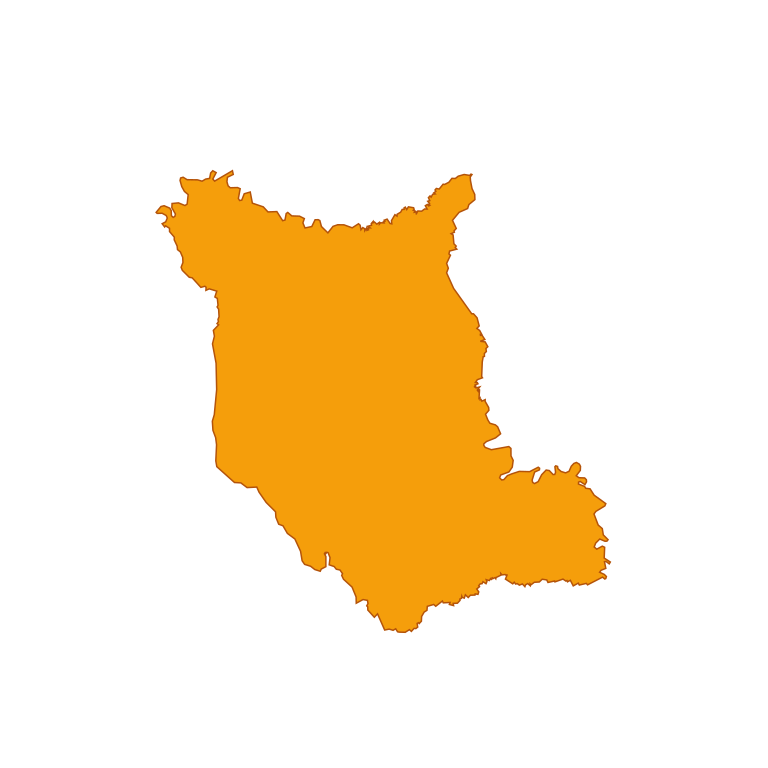 Bojonegoro, Jawa Timur, Indonesia (Mercator projection), rotated 58°
{"feature_id": "22746128B62232019301027", "entity_name": "Bojonegoro", "entity_type": "district", "adm_level": 2, "iso_a3": "IDN", "parent_name": "Indonesia", "parent_adm1": "Jawa Timur", "projection": "mercator", "projection_center": [111.819, -7.228], "detail": "fine", "context": "isolated", "style": "filled", "palette": "amber", "viewbox_px": 768, "rotation_deg": 58, "n_neighbors": 0, "source": "geoboundaries", "source_scale": "gbopen_adm2", "svg_char_len": 6170}
<svg xmlns="http://www.w3.org/2000/svg" viewBox="0 0 768 768"><g transform="rotate(58 384 384)"><path d="M130.5,487.2L134.6,486.8L134.1,485.4L138.3,483.4L141.1,485.1L148.3,484.0L150.6,485.5L157.3,486.3L160.6,487.9L164.1,486.7L169.9,487.6L174.4,490.1L177.5,494.2L180.8,494.8L190.3,492.6L192.3,490.4L205.0,488.1L206.2,484.1L207.7,483.6L210.2,485.4L210.7,481.8L216.6,476.6L220.6,481.3L223.1,480.0L229.4,483.1L230.2,484.7L232.9,484.6L239.5,488.2L241.3,490.6L243.4,491.4L244.3,493.6L246.2,492.9L248.1,500.3L253.6,502.5L259.1,508.2L277.4,515.4L300.1,528.9L320.1,544.2L324.6,549.3L332.6,553.6L340.3,555.2L346.8,558.2L360.1,567.4L365.5,569.6L388.3,563.0L392.0,557.8L399.3,555.0L404.0,546.5L409.5,547.3L422.0,546.7L434.9,543.7L439.7,546.3L447.1,547.6L450.7,544.8L459.5,545.1L468.2,541.7L481.6,543.4L490.5,547.1L494.9,546.9L499.7,542.8L504.7,541.0L509.0,537.3L507.7,535.3L508.1,530.1L499.5,524.7L496.4,524.5L495.8,523.2L497.0,523.1L496.4,521.7L497.4,520.8L502.7,521.8L508.3,526.3L512.4,523.0L515.8,522.6L518.4,519.9L522.9,519.7L523.9,521.3L528.1,521.8L539.3,518.7L549.8,520.5L555.2,523.7L555.7,516.0L558.7,512.7L561.7,513.9L563.0,516.2L564.4,515.9L567.1,517.5L576.7,515.8L575.5,511.3L593.0,513.8L594.6,509.5L597.7,506.8L597.8,503.8L601.3,503.8L602.4,502.7L605.8,497.6L605.8,492.6L608.3,491.9L607.2,488.0L608.3,486.6L608.0,484.2L604.6,482.8L604.8,481.1L605.8,481.1L605.0,478.0L601.1,475.3L598.7,470.8L598.7,467.5L595.5,465.1L597.3,458.7L599.9,457.9L599.0,449.5L601.0,449.7L604.3,443.7L605.6,445.4L608.8,442.4L606.7,441.6L608.8,437.9L607.8,434.2L606.6,433.7L606.8,432.0L605.2,430.5L606.4,430.8L608.1,429.4L605.9,426.7L609.7,425.7L608.9,422.7L611.2,418.7L610.3,417.9L612.2,415.8L610.5,413.8L607.0,414.0L606.5,410.4L605.2,410.5L604.5,408.3L605.3,406.7L604.1,404.8L607.4,403.3L606.1,401.4L604.1,401.0L606.5,398.8L605.5,396.8L606.6,396.6L606.5,395.0L605.0,395.1L606.8,394.6L607.0,392.5L608.4,392.4L607.5,391.5L608.1,386.1L606.6,385.4L608.4,385.1L609.8,382.2L611.3,381.7L610.8,380.3L613.8,384.4L621.7,380.7L621.1,378.6L623.4,378.4L623.9,376.8L626.3,375.8L626.9,372.6L630.5,371.9L629.3,370.3L629.4,367.9L632.5,366.9L631.0,366.0L632.2,365.8L631.8,361.6L634.2,357.2L633.4,353.3L636.4,349.8L639.2,350.1L641.5,343.7L642.4,343.9L644.3,335.6L647.5,334.2L647.6,333.0L649.0,333.2L649.2,330.0L655.5,330.5L655.8,324.8L658.0,324.9L660.3,318.1L662.2,317.8L663.6,301.0L666.4,300.1L666.5,299.0L665.1,297.4L662.2,298.1L657.9,300.9L657.0,298.6L657.9,293.6L651.5,291.2L652.1,289.8L655.9,288.3L654.9,286.4L648.3,289.5L639.4,283.4L637.2,284.8L636.8,291.1L633.6,292.1L631.1,288.8L629.8,283.2L634.5,279.9L635.4,278.2L634.8,276.5L628.2,278.0L622.3,275.5L617.1,277.1L605.5,274.8L604.3,271.8L604.4,261.3L603.0,259.3L589.7,264.7L582.1,264.8L579.3,268.2L577.1,268.2L571.9,272.1L570.3,271.0L570.6,269.3L575.8,266.9L574.3,264.1L572.4,263.1L570.0,263.6L566.8,268.3L563.7,269.6L561.3,263.3L558.0,261.0L555.5,260.8L552.5,262.4L552.0,265.1L553.0,268.8L556.1,273.3L555.6,277.1L552.0,280.2L547.9,281.4L545.9,280.5L544.4,281.7L544.7,282.9L549.8,285.3L551.2,287.1L550.4,288.6L545.0,289.7L542.9,292.1L544.5,298.4L548.5,305.0L548.2,309.1L546.3,310.1L544.0,309.3L538.5,302.9L539.2,297.7L537.9,296.7L536.3,297.3L535.5,307.0L529.8,315.6L527.9,323.3L527.1,327.9L528.6,333.0L527.8,335.0L524.8,335.7L523.0,333.2L524.8,324.7L522.5,319.3L517.2,314.9L512.3,314.4L505.9,310.5L503.2,311.3L496.6,327.8L491.4,331.8L488.9,331.9L487.6,331.0L487.1,327.5L488.8,318.0L488.0,311.5L480.5,310.3L477.7,311.2L473.4,315.0L469.6,315.0L463.4,313.9L461.9,309.0L459.4,307.7L452.2,307.4L450.9,306.5L450.4,310.1L448.6,309.9L448.3,310.9L446.5,309.8L446.5,311.0L439.6,306.1L438.7,306.5L440.0,308.0L438.6,308.1L437.2,304.4L436.1,308.0L433.7,309.0L434.7,308.3L434.5,307.3L433.1,307.4L433.6,304.2L432.2,304.1L431.1,305.6L429.8,302.6L430.9,297.2L429.4,297.2L417.4,289.0L413.4,285.4L413.8,284.2L411.3,282.7L410.7,280.0L407.9,278.7L407.4,276.2L401.9,275.9L398.8,279.7L399.7,274.9L394.7,275.0L393.9,276.4L393.0,276.0L393.7,274.8L389.3,274.5L386.1,275.8L385.2,272.5L377.2,270.0L371.9,270.9L370.9,272.4L339.8,274.3L322.9,272.0L319.9,268.1L314.9,267.0L310.0,259.4L308.1,260.0L306.0,257.9L308.2,250.8L306.0,251.3L305.3,249.7L302.1,250.4L294.2,246.4L292.1,247.4L292.6,243.9L291.3,243.5L290.4,240.3L281.5,239.2L278.2,229.3L279.5,220.1L276.8,216.9L275.8,209.2L271.3,206.6L264.9,205.8L257.4,202.9L254.2,201.2L253.0,198.4L252.1,199.0L252.5,200.8L248.8,205.0L247.1,210.9L247.5,214.6L245.6,217.4L247.3,222.1L246.9,226.8L245.9,228.0L247.9,233.9L245.9,236.0L246.5,237.9L248.1,237.9L248.3,240.4L249.9,239.9L248.9,242.2L250.5,245.0L248.9,245.3L249.5,247.6L252.7,248.0L252.2,250.1L255.0,249.7L255.4,251.2L256.7,250.4L256.7,251.7L254.7,252.1L254.7,254.5L258.5,254.7L257.1,256.8L257.4,260.5L255.2,263.6L257.2,267.0L255.4,265.0L254.5,267.1L254.0,265.8L252.2,267.1L251.9,265.9L250.2,265.5L246.7,269.4L248.1,272.3L245.3,272.2L245.3,273.7L246.6,274.4L245.6,276.1L247.1,278.8L247.0,282.9L248.5,284.0L246.2,285.0L249.4,291.1L252.3,292.5L251.1,293.8L245.8,294.0L245.2,297.1L246.5,297.1L246.2,298.6L247.4,298.6L245.5,301.4L246.0,303.2L244.5,302.3L244.6,305.4L241.5,306.3L241.5,307.7L240.4,307.1L241.2,309.8L242.8,310.5L241.6,314.3L244.2,313.1L243.2,315.1L245.0,315.4L244.7,317.1L242.5,316.2L243.8,319.0L242.0,318.1L240.1,319.1L241.0,321.8L236.7,320.1L234.6,320.7L234.7,328.2L227.8,333.6L224.4,338.9L223.3,343.7L226.1,351.5L217.3,353.6L211.4,351.8L209.8,352.7L208.2,355.4L212.2,361.8L209.8,368.3L204.4,367.4L201.5,363.9L196.9,366.7L192.6,373.1L187.5,374.7L187.6,376.6L192.5,381.1L191.8,383.4L181.0,383.5L176.6,391.2L169.8,392.5L160.9,399.8L150.3,395.7L148.6,401.7L152.7,407.2L151.9,409.2L149.5,409.2L142.2,402.5L139.8,404.1L136.1,410.4L133.3,411.2L129.2,410.0L125.7,407.2L126.4,400.8L122.8,399.5L122.2,420.1L119.5,420.6L115.8,414.3L112.4,416.2L113.2,419.2L117.2,422.9L115.7,426.7L115.6,430.8L112.1,433.9L106.4,442.7L102.2,444.8L101.5,447.3L103.3,449.1L109.4,450.9L114.9,451.2L119.6,449.7L127.1,455.6L127.2,458.2L121.5,462.3L118.6,468.1L122.1,470.5L129.3,470.8L131.0,472.5L131.0,474.5L128.6,475.1L124.3,472.6L121.3,472.5L116.3,476.0L115.3,479.1L117.7,486.3L119.1,486.0L121.6,481.7L125.7,479.4L128.4,479.8L130.8,483.2L130.5,487.2Z" fill="#f59e0b" stroke="#b45309" stroke-width="1.5"/></g></svg>